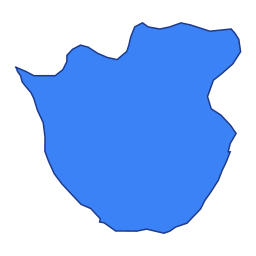 Suan, Hwanghae-bukto, North Korea
{"feature_id": "82179303B93868129225348", "entity_name": "Suan", "entity_type": "district", "adm_level": 2, "iso_a3": "PRK", "parent_name": "North Korea", "parent_adm1": "Hwanghae-bukto", "projection": "mercator", "projection_center": [126.384, 38.673], "detail": "fine", "context": "isolated", "style": "filled", "palette": "blue", "viewbox_px": 256, "rotation_deg": 0, "n_neighbors": 0, "source": "geoboundaries", "source_scale": "gbopen_adm2", "svg_char_len": 1017}
<svg xmlns="http://www.w3.org/2000/svg" viewBox="0 0 256 256"><path d="M233.1,31.2L231.2,29.0L209.9,31.2L190.7,25.0L181.0,22.9L169.4,27.0L159.8,29.0L148.2,26.9L142.5,22.8L134.7,26.9L130.7,37.1L128.8,45.3L126.8,51.4L117.1,59.6L107.4,57.5L97.8,53.4L88.2,47.2L80.5,45.1L72.7,49.2L66.9,55.3L66.9,61.5L62.9,69.6L55.2,75.7L45.5,75.7L33.9,75.7L26.2,71.6L16.6,67.5L15.4,66.7L16.4,68.2L17.6,71.6L20.5,75.6L22.2,81.9L25.7,86.4L31.0,92.7L33.7,98.2L37.5,110.4L43.2,122.7L45.0,137.0L44.9,151.3L48.7,161.5L54.3,173.8L62.0,184.0L71.5,194.2L81.1,204.4L90.7,208.5L100.3,218.8L99.6,222.0L104.1,222.8L109.9,226.9L115.6,231.0L123.3,231.0L136.9,231.1L146.5,229.1L163.9,233.2L169.7,231.2L175.5,227.1L187.1,223.1L194.9,214.9L200.7,208.8L204.7,200.7L210.5,192.5L218.3,180.3L222.3,170.1L226.2,162.0L230.2,151.8L228.2,151.8L230.2,143.6L236.1,133.4L230.4,125.2L220.8,115.0L211.2,108.8L207.5,96.6L213.4,80.2L221.2,74.1L232.8,63.9L236.7,57.8L240.6,51.7L238.8,39.4L235.0,33.3L233.1,31.2Z" fill="#3b82f6" stroke="#1e3a8a" stroke-width="1.5"/></svg>